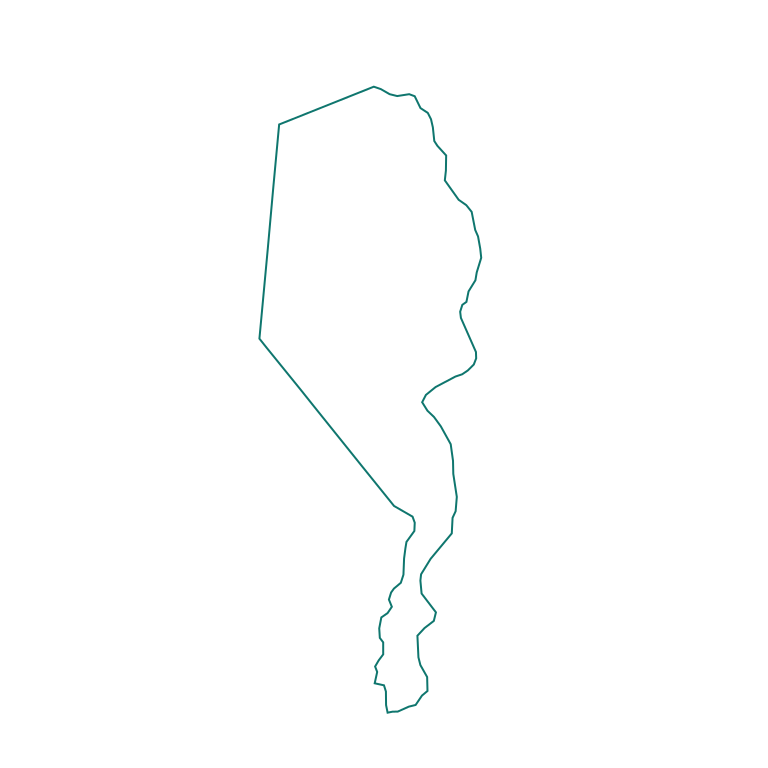 the district of Jardim de Piranhas, Rio Grande do Norte, Brazil, rotated 140°
{"feature_id": "56859067B64681620711629", "entity_name": "Jardim de Piranhas", "entity_type": "district", "adm_level": 2, "iso_a3": "BRA", "parent_name": "Brazil", "parent_adm1": "Rio Grande do Norte", "projection": "robinson", "projection_center": [-37.255, -6.303], "detail": "fine", "context": "isolated", "style": "outline", "palette": "teal", "viewbox_px": 768, "rotation_deg": 140, "n_neighbors": 0, "source": "geoboundaries", "source_scale": "gbopen_adm2", "svg_char_len": 1378}
<svg xmlns="http://www.w3.org/2000/svg" viewBox="0 0 768 768"><g transform="rotate(140 384 384)"><path d="M572.4,173.3L574.3,167.8L583.5,160.7L577.7,153.2L580.2,147.2L588.8,136.7L592.5,129.9L588.1,127.5L584.0,124.2L572.4,120.9L566.1,117.8L555.2,120.9L548.0,120.9L539.3,131.8L536.8,145.3L533.3,152.5L520.2,169.7L509.8,171.0L498.1,170.5L491.0,175.7L489.9,199.3L482.5,210.0L477.9,214.4L460.7,220.1L428.1,226.0L417.5,237.4L410.9,240.5L400.8,250.7L388.7,270.6L380.5,280.8L371.6,295.0L367.7,315.0L366.9,326.6L367.9,335.6L366.5,345.5L358.9,348.7L346.4,348.5L324.5,343.8L317.9,341.2L311.1,340.5L302.7,341.2L296.9,344.4L293.0,349.4L282.6,385.2L279.2,390.4L273.1,394.3L268.1,393.9L259.7,400.6L247.3,404.7L241.2,409.9L228.4,418.2L223.3,425.8L217.1,436.6L215.1,443.4L206.2,459.5L206.0,468.1L208.4,477.1L206.5,500.9L199.4,507.7L189.5,519.1L190.0,532.2L189.3,537.8L181.6,549.2L177.8,556.6L176.2,563.5L178.7,571.9L175.5,584.7L178.4,589.8L188.8,596.1L193.4,602.4L196.9,612.0L200.7,618.3L297.5,650.2L343.3,604.9L386.3,562.1L450.3,498.8L450.6,487.2L451.5,433.8L452.0,413.5L453.7,335.4L454.7,284.1L447.4,264.0L449.6,258.0L455.2,251.9L468.3,248.6L473.3,244.3L480.8,237.4L491.7,225.4L498.9,220.9L507.9,220.9L512.6,219.7L518.8,215.7L521.2,208.3L528.5,206.2L536.1,206.9L544.7,199.9L550.4,192.2L550.7,186.6L558.4,177.4L565.7,175.7L572.4,173.3Z" fill="none" stroke="#0f766e" stroke-width="2"/></g></svg>